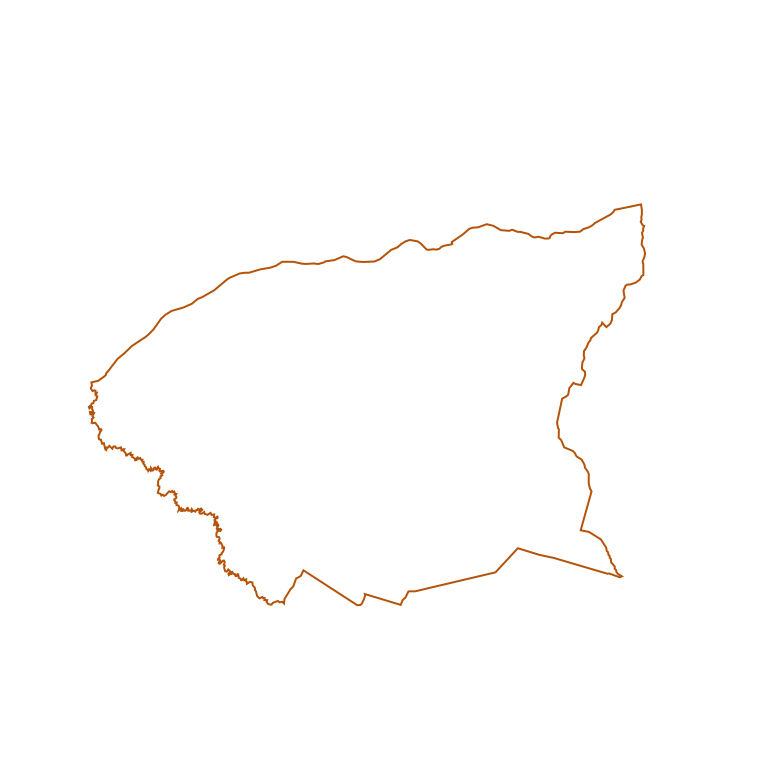 Manaure, La Guajira, Colombia (Equal Earth projection), rotated 16°
{"feature_id": "7082276B63219167188036", "entity_name": "Manaure", "entity_type": "district", "adm_level": 2, "iso_a3": "COL", "parent_name": "Colombia", "parent_adm1": "La Guajira", "projection": "equal_earth", "projection_center": [-72.635, 11.626], "detail": "fine", "context": "isolated", "style": "outline", "palette": "amber", "viewbox_px": 768, "rotation_deg": 16, "n_neighbors": 0, "source": "geoboundaries", "source_scale": "gbopen_adm2", "svg_char_len": 6165}
<svg xmlns="http://www.w3.org/2000/svg" viewBox="0 0 768 768"><g transform="rotate(16 384 384)"><path d="M665.7,503.3L660.8,501.9L659.3,500.6L658.2,498.7L656.6,498.0L656.1,495.8L651.6,492.9L650.3,489.7L648.8,488.7L648.1,486.9L646.9,486.4L645.7,483.9L644.3,483.3L642.6,480.0L635.3,473.6L621.8,469.7L613.4,470.4L613.1,430.0L610.6,427.5L608.0,422.6L605.7,414.2L604.2,412.2L600.2,409.0L599.0,406.4L595.0,402.3L589.1,400.5L586.1,397.5L583.9,396.3L574.7,395.2L569.8,389.1L566.7,387.4L564.6,379.4L563.4,378.3L561.0,373.5L559.3,349.0L562.7,345.6L564.0,343.4L563.3,336.9L565.8,330.7L568.0,331.2L573.7,330.7L574.8,322.8L574.9,319.8L573.7,316.7L570.4,315.2L569.8,313.9L568.8,308.7L569.6,304.1L568.1,301.3L567.2,297.2L568.6,292.9L569.2,287.6L570.4,285.0L570.1,283.1L574.5,276.1L575.1,274.0L575.0,270.1L576.7,267.5L576.8,264.9L582.1,268.0L585.0,263.5L585.5,259.4L584.2,254.2L587.1,251.1L589.5,245.9L590.2,242.9L590.1,239.7L591.6,234.9L588.5,228.4L589.1,222.9L590.3,221.5L593.4,220.4L598.1,217.1L601.1,213.1L601.9,209.3L603.3,207.7L600.2,197.3L598.7,194.7L599.3,190.6L599.0,186.5L596.5,182.1L593.2,178.9L592.4,174.0L592.6,172.1L590.3,167.4L590.9,165.1L590.2,163.1L590.6,160.5L589.1,160.2L586.1,157.4L586.3,154.6L585.4,153.1L585.1,149.7L584.0,145.9L581.6,140.5L557.7,153.0L557.0,155.5L555.3,158.4L542.4,171.1L540.6,174.0L537.5,177.1L532.9,180.2L530.5,183.5L525.5,185.4L516.1,187.7L514.5,189.7L506.6,191.5L503.8,194.4L502.9,196.7L503.1,197.9L502.0,198.8L498.2,199.9L492.1,199.8L488.3,201.7L484.9,201.3L481.5,199.9L473.1,200.2L470.5,200.9L464.7,200.4L462.0,202.3L453.9,203.9L445.5,201.8L438.7,202.1L431.0,207.6L426.8,209.0L423.2,211.3L418.7,218.3L410.0,228.9L411.0,230.6L410.5,231.1L403.2,234.8L401.4,236.4L399.8,238.9L397.0,240.5L394.5,240.8L389.4,242.9L387.6,242.9L381.2,239.1L377.1,237.6L369.2,238.4L365.3,241.0L362.1,244.6L359.3,248.9L353.9,253.1L345.8,265.0L341.0,268.9L330.2,272.5L322.9,273.9L312.7,272.2L309.6,272.5L302.1,278.6L293.8,282.3L292.7,283.7L287.7,286.8L283.3,287.5L275.6,290.2L271.6,291.0L263.4,291.5L252.4,294.6L247.5,300.2L242.3,303.7L233.7,307.8L223.6,314.2L218.7,315.7L214.6,317.7L206.3,324.5L203.8,327.5L195.1,340.5L185.1,350.8L181.6,353.4L177.1,359.9L170.3,365.6L159.7,372.3L154.8,377.7L151.7,382.7L147.5,394.7L144.5,400.5L141.9,404.4L131.1,417.0L126.1,425.8L120.9,433.4L115.2,447.9L114.1,449.9L114.1,451.9L113.2,453.6L108.4,459.7L102.3,463.1L103.7,465.9L103.3,468.5L103.6,469.3L105.8,471.1L107.3,469.9L108.6,470.0L109.2,472.5L110.3,471.8L110.0,474.3L111.8,474.9L111.8,478.7L109.8,480.2L109.9,482.6L108.4,483.4L108.2,486.1L107.3,486.3L106.6,487.5L107.5,488.6L108.7,486.7L109.8,486.6L110.4,488.7L111.7,489.9L111.2,491.6L109.0,491.9L110.1,494.1L111.5,493.6L112.4,491.6L113.3,491.6L112.6,495.2L114.1,496.4L112.7,498.3L113.5,499.8L113.7,501.9L114.6,502.1L117.0,500.8L121.3,504.0L122.9,506.3L124.2,505.4L124.8,505.7L125.1,506.6L124.2,508.5L124.4,510.5L123.8,512.2L124.8,514.9L125.4,515.7L127.3,515.6L129.4,519.1L131.0,518.1L134.2,523.7L135.2,524.0L134.7,521.6L135.9,521.5L137.0,519.2L140.7,521.1L141.2,518.6L142.9,518.1L144.1,519.3L145.9,519.3L148.5,517.4L150.0,520.2L151.3,519.7L151.3,518.6L152.2,518.3L151.9,519.8L154.8,521.8L155.8,523.8L156.7,523.5L157.2,522.2L159.5,520.1L160.1,522.2L161.8,521.5L162.0,523.6L165.1,524.3L165.7,525.9L167.1,525.3L166.9,523.0L167.4,522.4L168.9,523.6L170.1,522.4L171.4,523.8L172.7,523.4L172.9,525.2L174.5,525.2L174.5,526.9L176.0,527.4L176.6,529.0L177.8,529.3L179.3,531.5L180.4,531.5L181.2,532.5L181.6,530.8L183.3,531.7L183.1,529.0L185.1,531.1L186.1,530.2L185.8,528.5L186.9,527.5L188.2,528.9L189.2,528.9L189.2,526.8L189.6,525.9L190.6,527.2L192.0,527.3L191.9,528.9L192.4,529.6L195.9,528.3L196.5,529.0L196.2,530.1L194.3,531.3L196.0,532.8L194.6,534.3L195.1,536.2L193.9,537.6L193.7,540.2L194.4,541.9L194.5,543.9L196.4,544.4L196.8,546.4L196.4,547.9L196.6,551.0L199.6,551.3L200.7,552.6L202.0,551.4L203.4,552.2L204.8,550.9L207.0,546.4L208.8,546.7L209.9,545.3L210.9,546.2L211.9,545.2L212.9,546.4L213.0,547.8L214.6,547.1L214.3,548.8L215.6,549.8L215.6,551.0L214.2,552.7L214.3,553.5L215.7,554.3L216.1,555.7L217.4,555.1L217.8,557.5L220.1,557.6L221.4,559.7L221.5,562.3L223.4,559.2L223.9,559.6L224.2,561.9L225.4,561.6L225.9,559.9L227.2,560.8L228.0,560.5L228.9,559.2L228.8,557.8L229.4,557.2L230.6,558.3L230.7,559.7L233.3,559.1L233.6,557.2L234.2,557.8L234.4,559.7L236.2,558.2L237.8,558.7L238.2,557.0L239.4,556.6L239.7,555.3L241.0,555.7L242.5,554.1L244.0,555.0L242.8,556.9L241.7,557.3L241.8,558.3L242.9,559.3L244.5,558.9L246.5,556.6L247.4,558.3L250.4,558.4L252.8,555.7L254.3,557.3L256.7,556.2L257.1,558.9L259.0,558.9L260.4,557.5L260.9,558.3L260.6,559.1L259.4,559.6L258.5,561.4L258.9,562.2L259.6,561.9L260.0,562.4L259.5,563.7L259.6,566.3L261.2,565.1L261.7,563.5L262.6,564.5L261.7,565.8L262.2,566.5L263.0,566.6L263.2,565.1L263.9,565.7L263.1,568.7L265.4,569.1L266.6,568.3L267.7,568.9L267.2,570.4L264.1,570.6L264.7,571.8L264.0,573.4L264.8,576.3L265.5,577.0L267.3,576.6L268.1,577.0L268.6,578.0L268.3,580.4L269.7,581.0L269.9,582.5L271.2,581.8L273.4,584.1L273.8,586.0L275.2,585.1L275.7,585.8L275.5,589.4L274.6,591.2L274.9,592.4L273.0,594.1L273.8,596.1L272.8,597.8L272.9,598.7L274.4,598.1L275.6,599.2L274.4,600.8L274.6,602.0L275.7,602.0L278.1,598.1L278.9,597.9L280.0,599.1L279.9,602.0L281.1,602.4L280.8,604.5L283.0,607.8L284.6,607.6L285.4,605.2L287.5,606.3L287.5,607.8L286.8,609.3L287.5,610.4L288.5,609.1L289.5,608.8L289.0,607.0L289.9,606.4L291.6,608.0L292.9,607.8L294.3,609.6L295.3,609.1L295.4,607.3L296.3,607.1L297.9,610.4L299.7,610.6L300.7,612.0L301.4,611.8L302.4,609.5L303.7,611.2L305.3,609.8L305.5,611.4L306.5,611.8L307.3,613.8L309.7,611.1L312.2,611.1L313.2,613.6L316.1,615.5L316.7,617.7L318.0,618.5L320.4,622.7L323.3,624.4L325.8,622.2L326.8,623.1L328.2,622.6L328.5,624.6L331.2,624.0L331.1,625.7L333.4,627.5L336.6,627.2L337.6,624.9L341.8,621.8L343.8,622.6L346.3,621.4L348.4,622.5L347.6,618.2L350.6,607.4L352.6,603.5L353.1,595.3L356.9,591.5L357.9,585.3L419.2,604.0L422.1,603.0L423.2,601.4L424.1,595.8L424.1,592.2L423.5,591.2L461.0,591.7L461.4,586.7L463.5,583.3L464.6,576.9L465.1,576.4L470.9,574.8L543.1,534.3L557.9,505.0L580.6,505.4L595.3,504.4L651.0,504.8L652.6,504.1L664.0,504.8L665.7,503.3Z" fill="none" stroke="#b45309" stroke-width="2"/></g></svg>